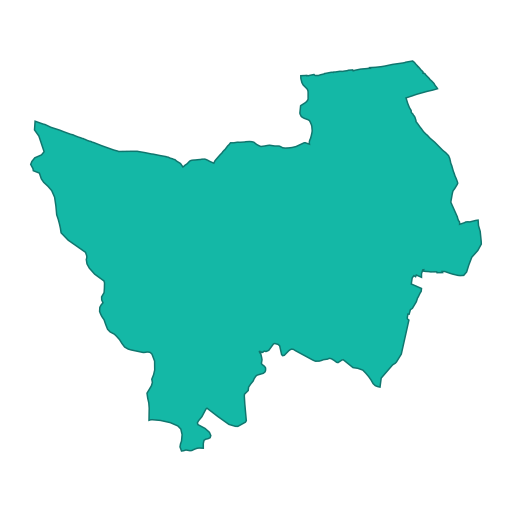 Farliug, Caras-Severin, Romania
{"feature_id": "2599482B98353874095060", "entity_name": "Farliug", "entity_type": "district", "adm_level": 2, "iso_a3": "ROU", "parent_name": "Romania", "parent_adm1": "Caras-Severin", "projection": "robinson", "projection_center": [21.876, 45.494], "detail": "fine", "context": "isolated", "style": "filled", "palette": "teal", "viewbox_px": 512, "rotation_deg": 0, "n_neighbors": 0, "source": "geoboundaries", "source_scale": "gbopen_adm2", "svg_char_len": 5968}
<svg xmlns="http://www.w3.org/2000/svg" viewBox="0 0 512 512"><path d="M203.3,448.2L203.3,443.5L204.0,440.3L205.7,439.2L208.0,438.7L210.1,437.7L210.8,435.6L209.4,432.3L205.0,428.4L197.9,424.6L197.4,422.8L198.5,420.8L201.9,416.7L205.9,409.1L207.0,408.2L217.8,416.5L228.9,424.4L235.3,426.3L237.8,426.4L245.4,422.2L246.3,420.7L244.8,404.0L244.3,395.9L244.5,394.2L248.2,390.5L248.6,387.1L250.7,384.0L253.1,381.1L254.2,378.6L255.8,376.2L257.2,375.1L263.3,373.3L265.0,371.9L265.5,370.6L265.6,369.6L265.6,368.5L265.4,367.5L264.0,365.9L262.2,364.6L261.4,363.5L262.0,359.7L261.6,357.3L260.7,353.6L259.8,352.8L259.5,352.0L259.4,351.5L259.9,351.3L260.6,352.2L261.3,352.4L261.7,352.0L262.7,352.4L263.7,351.4L264.3,351.1L265.8,351.5L266.4,351.4L268.8,350.3L273.5,343.9L274.8,343.5L278.1,344.4L279.2,345.4L279.7,345.9L281.6,354.6L282.7,355.7L284.3,355.3L288.9,350.6L290.2,349.7L291.6,349.1L293.5,349.4L295.5,350.7L312.9,360.1L315.4,361.2L319.2,361.1L321.4,360.5L323.4,359.7L327.6,359.1L329.2,358.3L331.3,358.7L334.1,360.4L336.6,362.3L338.0,362.6L341.8,360.1L343.2,359.7L353.0,367.6L357.8,368.3L362.8,370.1L365.8,373.2L368.6,376.5L371.0,379.9L373.1,383.6L375.2,385.6L375.6,385.8L377.7,386.6L380.0,387.1L381.2,378.1L392.6,364.9L395.3,363.2L396.5,361.9L401.3,354.1L408.9,320.1L407.8,319.3L407.3,318.4L407.3,317.5L407.9,314.1L409.1,314.2L410.4,309.7L412.4,308.3L416.3,301.8L417.6,297.8L418.2,297.0L419.8,293.6L421.2,291.3L421.5,288.5L411.3,284.0L411.6,281.7L412.2,277.9L413.9,275.7L415.6,276.7L416.3,275.0L421.5,277.3L421.5,273.6L422.8,269.8L423.7,269.7L423.2,271.1L425.3,271.4L428.7,271.6L430.7,271.9L436.7,271.8L437.0,272.7L442.5,272.6L442.1,271.5L444.8,271.5L450.0,273.3L452.6,274.1L458.0,275.4L460.2,275.6L463.7,275.4L466.6,272.0L468.8,265.0L471.8,257.2L477.8,250.5L481.3,244.1L481.2,241.5L480.2,231.4L478.5,225.6L478.1,220.1L475.9,220.4L469.9,221.9L467.5,221.8L465.7,222.0L464.5,222.7L459.6,224.3L459.7,223.5L459.4,221.7L459.2,221.4L458.5,220.6L457.6,218.1L457.4,217.0L450.8,202.2L452.2,194.1L452.8,191.5L453.2,190.6L454.9,188.3L457.0,184.8L457.7,183.4L457.6,182.6L457.2,181.3L456.1,178.4L455.0,176.0L454.1,173.2L453.3,171.2L451.8,165.8L450.7,163.0L450.4,161.3L449.7,158.4L448.5,155.6L445.6,152.6L443.4,150.9L442.5,150.1L434.7,142.2L429.9,138.1L427.3,135.2L426.2,134.4L423.7,131.9L422.1,129.8L421.6,129.0L419.9,126.9L418.0,124.2L415.9,121.4L415.8,121.1L416.0,120.6L414.9,117.2L414.2,116.0L413.5,115.3L412.6,113.7L411.3,112.6L411.1,110.4L409.6,108.0L408.9,106.4L407.6,103.1L406.0,97.9L417.0,94.2L427.4,91.3L432.7,90.1L437.5,88.7L436.7,87.4L435.1,85.5L434.0,83.5L433.3,82.7L432.4,81.8L432.0,81.3L430.3,79.8L429.9,79.6L429.4,78.6L425.8,75.0L425.2,74.0L424.2,73.3L423.2,73.3L422.9,73.1L423.1,72.1L421.8,70.6L420.9,69.9L420.1,68.8L418.4,66.8L417.7,66.6L417.8,66.3L417.7,66.1L415.8,64.2L415.0,63.1L413.6,61.7L413.2,61.5L412.7,61.4L412.6,61.0L405.7,62.2L405.1,62.5L403.4,62.9L392.6,64.4L384.7,66.1L381.0,66.7L375.5,67.3L369.8,67.6L370.2,68.3L368.9,68.3L366.4,68.6L360.6,69.1L354.8,70.3L353.6,70.8L352.9,70.7L352.7,70.4L352.8,70.0L352.7,69.9L350.2,70.1L348.6,70.2L347.1,70.7L344.1,71.1L342.8,71.4L339.8,71.3L335.4,72.0L333.7,72.0L333.2,72.5L332.3,72.2L330.6,72.4L325.6,73.4L324.6,73.5L324.3,73.8L323.8,74.0L320.4,74.8L318.5,75.5L315.2,75.5L314.5,75.2L314.0,74.5L309.1,75.5L308.4,75.8L307.5,75.6L306.9,75.8L306.7,75.4L305.4,75.5L300.8,75.7L300.8,77.1L300.9,78.7L301.9,82.6L303.2,85.0L307.0,88.8L307.8,90.3L308.0,91.2L308.1,92.4L308.1,98.2L308.1,99.1L307.9,99.7L306.6,101.6L305.0,102.9L300.9,105.5L300.6,105.8L299.9,112.9L300.0,113.8L301.2,116.4L302.2,117.2L304.2,118.3L308.0,119.7L309.2,120.4L309.9,121.3L311.3,124.5L311.8,126.1L312.2,130.9L311.9,132.9L311.2,136.0L310.5,138.5L309.8,140.0L309.4,141.5L309.3,142.9L309.5,144.2L305.1,142.7L304.1,142.8L295.9,146.6L292.1,147.5L288.9,147.9L285.0,148.1L284.0,147.9L282.7,147.8L280.7,146.7L279.3,146.1L278.0,146.0L274.7,146.0L269.5,145.2L267.3,145.5L264.7,146.0L261.0,146.5L259.8,146.1L256.7,144.5L253.8,142.2L251.8,141.7L249.5,141.5L247.9,141.6L246.0,141.7L244.6,142.0L240.0,142.3L237.4,142.2L233.8,142.8L230.5,142.8L229.1,144.6L227.7,145.9L224.8,149.8L224.5,149.9L222.9,151.6L222.0,152.9L220.2,154.7L215.6,160.0L214.9,160.9L213.8,163.2L210.0,161.5L207.2,160.0L205.5,159.3L204.6,159.1L201.8,159.2L200.5,159.5L198.8,159.6L195.1,160.0L193.1,160.1L191.7,160.3L190.4,160.7L189.6,161.2L187.5,163.4L186.6,164.2L185.0,165.2L184.1,166.1L182.9,167.0L180.7,163.8L180.2,163.3L176.6,161.1L174.9,159.6L173.7,159.4L172.6,158.8L170.0,158.1L168.3,157.2L166.7,156.9L166.1,156.8L166.0,156.6L160.3,155.6L153.0,154.1L151.6,154.0L144.8,152.6L138.8,151.6L137.4,151.3L130.9,151.3L118.6,151.5L117.8,151.1L113.7,150.0L101.4,145.6L93.6,142.5L92.0,142.1L90.8,141.4L89.8,141.3L87.2,140.4L85.1,139.4L83.9,139.0L83.3,138.6L82.0,138.4L80.8,137.8L78.4,137.1L74.6,135.6L73.0,134.8L70.7,134.3L63.9,131.8L59.6,130.1L50.9,127.3L45.0,124.5L43.2,124.1L35.1,121.2L34.5,129.9L38.9,136.1L44.1,151.7L41.5,154.9L34.8,157.8L31.9,161.4L30.7,164.4L33.0,168.7L33.3,170.7L39.4,173.1L41.3,178.8L43.7,182.3L48.0,186.3L51.7,190.6L54.6,197.2L55.9,206.0L56.7,214.8L58.2,219.2L59.4,223.7L60.4,228.2L61.1,232.8L68.2,240.2L85.5,252.3L86.8,256.0L86.8,257.8L86.3,259.5L87.0,263.9L89.3,268.1L94.6,274.1L104.0,281.0L104.5,282.8L104.5,283.7L104.4,288.2L104.1,292.6L101.6,296.9L101.7,299.9L103.0,302.8L101.3,304.7L100.1,306.8L99.8,307.6L99.6,311.4L100.4,313.5L101.4,315.7L102.6,317.7L104.0,319.6L105.7,324.5L107.6,329.3L110.1,331.9L114.4,334.2L116.3,336.0L119.6,339.7L121.9,343.4L124.6,347.0L128.2,349.1L131.4,350.0L143.2,352.5L144.9,352.4L147.1,352.0L148.7,352.1L150.3,352.5L152.0,354.2L154.6,361.1L154.7,370.0L153.6,374.7L151.8,379.2L152.4,382.5L151.4,385.8L147.0,393.2L147.7,398.1L148.8,402.9L149.2,408.2L149.0,420.3L150.6,419.8L152.2,419.7L160.3,420.4L170.2,422.6L177.8,425.9L180.8,429.0L182.1,434.6L181.5,441.1L180.5,443.9L180.0,446.9L181.5,451.0L183.7,450.7L185.9,450.0L190.0,450.7L191.8,450.5L194.3,449.3L197.0,448.3L199.1,448.0L203.3,448.2Z" fill="#14b8a6" stroke="#0f766e" stroke-width="1.5"/></svg>